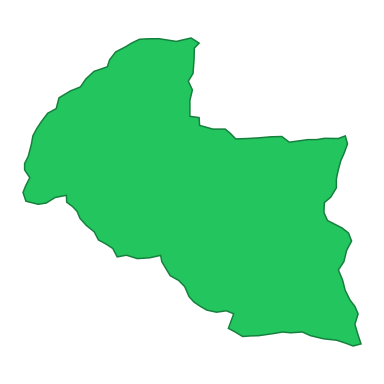 Alfredo Marcondes, São Paulo, Brazil (Natural Earth projection), rotated 90°
{"feature_id": "56859067B84367605837614", "entity_name": "Alfredo Marcondes", "entity_type": "district", "adm_level": 2, "iso_a3": "BRA", "parent_name": "Brazil", "parent_adm1": "São Paulo", "projection": "natural_earth1", "projection_center": [-51.395, -21.938], "detail": "fine", "context": "isolated", "style": "filled", "palette": "green", "viewbox_px": 384, "rotation_deg": 90, "n_neighbors": 0, "source": "geoboundaries", "source_scale": "gbopen_adm2", "svg_char_len": 1586}
<svg xmlns="http://www.w3.org/2000/svg" viewBox="0 0 384 384"><g transform="rotate(90 192 192)"><path d="M201.2,358.1L204.3,345.8L203.0,337.7L197.5,328.9L195.3,317.6L202.2,317.3L206.6,311.4L211.4,306.9L218.4,304.0L225.5,297.6L231.9,289.7L239.9,285.6L244.1,277.9L248.5,271.2L256.9,266.8L255.2,257.6L258.6,246.7L257.8,234.3L255.4,223.4L261.9,222.1L275.7,213.8L280.4,205.4L286.6,199.3L296.7,194.9L302.1,190.0L306.4,183.6L310.1,177.2L312.2,167.5L310.8,157.7L313.8,150.3L328.4,155.6L331.8,149.1L336.5,141.4L335.9,133.1L335.7,125.5L333.5,110.1L332.0,101.4L332.8,93.4L332.0,81.7L335.7,73.4L338.8,60.4L340.2,47.6L343.0,38.8L346.0,30.9L343.9,23.0L334.8,26.0L324.3,29.1L313.9,25.9L306.4,29.1L300.0,34.0L290.3,38.8L279.8,41.5L270.0,45.6L261.6,40.1L250.2,37.3L241.1,32.4L233.0,35.5L227.9,42.0L224.2,49.3L220.5,56.5L212.4,60.1L202.6,59.6L197.1,53.2L187.8,47.6L178.7,47.6L169.9,45.7L160.7,43.2L153.8,40.1L143.9,36.5L135.9,38.7L138.5,45.7L138.3,59.3L139.6,67.3L139.6,76.0L140.9,85.3L142.2,94.7L136.5,102.2L136.8,113.1L137.9,125.8L138.5,136.3L138.9,148.3L133.5,153.5L129.1,158.8L129.1,171.1L125.4,184.4L117.6,184.9L116.3,194.1L107.5,194.1L100.4,194.1L89.9,191.6L81.2,195.7L73.5,191.0L60.4,190.0L48.1,189.6L43.1,184.9L38.0,192.9L41.4,207.7L38.7,225.1L38.8,236.3L39.3,244.6L43.2,252.6L47.1,259.0L51.8,268.2L59.6,274.3L66.8,276.7L71.4,290.0L78.9,298.1L86.9,303.6L91.0,313.7L97.8,325.0L108.6,327.8L113.2,336.3L121.7,342.7L128.0,346.9L135.8,351.1L144.6,352.7L156.4,355.8L163.5,359.4L169.9,359.4L177.7,354.2L185.7,358.3L192.5,361.0L201.2,358.1Z" fill="#22c55e" stroke="#15803d" stroke-width="1.5"/></g></svg>